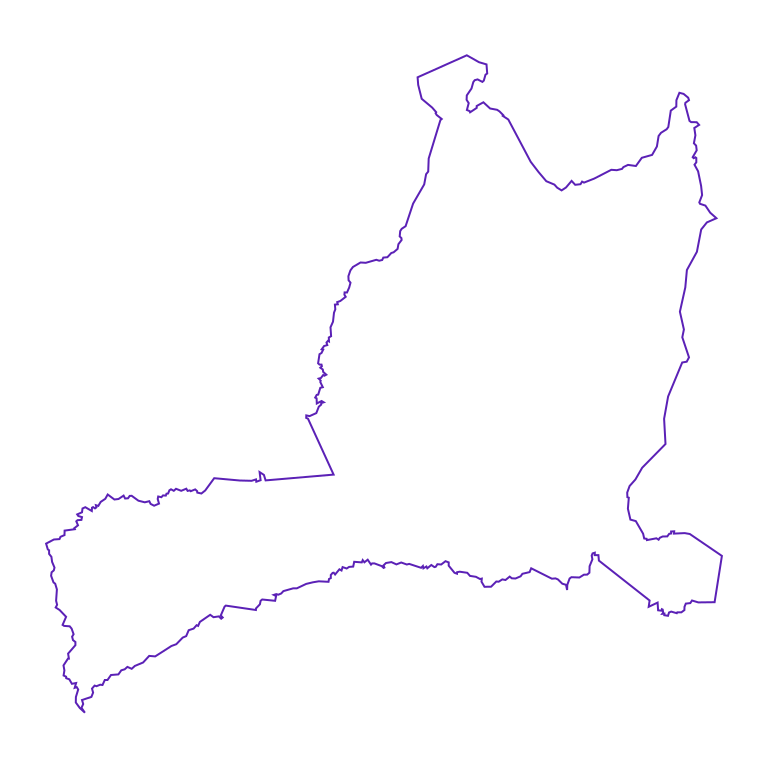 outline of Los Reyes, Michoacán, Mexico
{"feature_id": "50627088B42004114063605", "entity_name": "Los Reyes", "entity_type": "district", "adm_level": 2, "iso_a3": "MEX", "parent_name": "Mexico", "parent_adm1": "Michoacán", "projection": "orthographic", "projection_center": [-102.401, 19.663], "detail": "fine", "context": "isolated", "style": "outline", "palette": "violet", "viewbox_px": 768, "rotation_deg": 0, "n_neighbors": 0, "source": "geoboundaries", "source_scale": "gbopen_adm2", "svg_char_len": 6030}
<svg xmlns="http://www.w3.org/2000/svg" viewBox="0 0 768 768"><path d="M84.9,712.7L81.5,707.8L83.2,704.0L82.0,700.0L91.4,696.9L93.1,692.6L92.0,688.6L94.6,685.6L96.5,686.2L100.2,684.7L102.5,685.0L104.8,680.0L107.5,680.0L111.0,675.0L118.4,674.4L121.3,670.3L124.7,669.3L127.4,666.9L131.7,668.8L134.9,665.9L143.1,662.5L149.2,655.9L155.2,656.4L171.4,646.0L176.3,644.2L182.7,637.6L186.2,636.1L188.7,630.2L193.6,628.6L196.6,625.2L198.1,625.9L199.9,621.9L210.2,614.8L213.5,617.2L218.8,616.4L221.2,618.7L222.7,617.5L220.8,615.4L224.6,606.6L225.8,605.6L255.9,610.0L256.0,608.4L259.9,604.3L260.6,600.8L262.2,599.5L275.1,600.8L276.1,596.1L273.8,594.9L276.3,594.1L278.3,594.7L281.2,593.5L283.4,591.1L293.3,588.3L296.9,588.3L306.2,583.9L312.9,582.3L318.8,581.3L328.5,581.8L329.0,579.0L330.8,578.1L330.8,575.0L332.6,572.9L333.7,572.7L335.1,574.5L339.4,569.3L341.5,570.5L342.6,567.1L346.7,568.5L349.1,566.9L353.2,566.6L354.2,561.8L361.8,562.4L362.7,560.1L364.4,562.3L367.7,559.7L371.0,564.6L372.1,563.4L374.4,563.4L381.7,566.1L383.6,567.9L384.4,567.5L383.5,565.4L386.0,563.0L391.4,562.1L396.4,564.4L401.2,562.5L406.8,564.5L409.2,563.9L421.1,567.8L422.9,566.0L423.4,568.3L426.4,566.5L427.3,568.3L431.3,565.0L434.4,567.1L435.7,566.8L437.4,564.2L441.2,564.5L445.5,561.2L448.7,562.4L448.7,565.7L454.5,572.8L457.0,573.7L457.1,572.2L459.7,571.7L467.3,572.8L470.0,575.9L475.9,576.8L480.0,579.0L481.8,578.6L481.5,581.7L484.5,586.8L491.1,586.7L496.3,581.5L498.7,581.7L502.3,579.4L505.5,580.0L509.7,576.6L511.8,578.3L515.5,578.5L520.6,576.3L522.4,573.8L529.6,572.1L531.2,568.3L551.9,578.7L555.5,578.4L557.9,579.4L562.3,583.7L566.0,584.8L567.1,590.0L567.3,584.8L569.6,578.5L571.4,577.2L579.4,577.5L583.9,574.7L587.2,574.6L589.4,572.7L589.6,566.2L592.4,559.3L591.7,555.6L592.6,553.4L594.8,552.7L594.7,555.1L598.4,555.1L598.9,560.6L649.6,600.5L648.7,606.8L657.6,602.6L658.1,610.3L661.5,610.7L661.9,609.2L662.7,609.6L663.2,612.6L662.3,613.8L664.4,613.6L664.3,615.2L668.0,615.8L669.0,612.5L671.2,611.6L676.8,613.2L677.3,612.3L681.4,612.3L684.4,610.1L684.5,606.8L685.8,603.6L690.3,603.1L692.0,600.5L698.3,602.4L714.6,602.2L721.9,555.9L689.8,534.0L684.7,533.1L674.0,533.6L674.2,531.3L671.1,531.5L671.2,533.5L669.2,533.8L667.3,536.4L662.6,536.5L659.8,537.8L658.6,539.7L656.4,538.3L646.9,540.1L646.6,538.8L644.2,538.5L643.1,533.7L635.8,521.1L630.4,519.6L627.9,508.7L628.8,497.7L627.4,497.2L627.2,492.6L629.6,486.0L635.4,479.5L642.2,467.7L665.5,444.0L664.1,418.8L668.1,396.5L682.2,362.5L686.7,361.7L689.0,357.4L682.3,337.3L683.9,329.5L679.9,311.7L685.3,287.4L686.9,270.0L696.9,251.8L701.2,229.5L706.9,222.4L716.4,218.2L710.2,212.7L705.4,205.6L700.0,203.8L699.3,202.4L702.1,195.1L701.1,185.9L698.1,171.3L694.5,164.7L696.3,162.3L696.3,158.0L695.4,157.3L693.7,158.2L692.7,157.2L696.7,150.3L696.1,145.6L693.9,143.3L695.4,135.3L694.3,128.0L699.1,124.9L696.7,122.2L691.1,122.1L689.5,120.9L685.1,104.3L685.4,102.8L689.0,100.2L688.2,97.7L683.6,93.9L679.4,92.8L676.4,100.2L676.3,106.6L670.8,110.6L668.3,127.0L666.7,129.2L661.0,132.8L658.6,136.0L656.9,146.5L652.1,154.9L641.8,157.8L635.9,166.0L628.0,164.9L623.4,167.1L622.0,168.9L616.8,170.2L611.3,169.8L594.2,178.6L584.0,182.6L582.1,181.6L580.5,184.2L575.2,184.8L571.6,180.9L566.0,187.5L561.6,190.4L557.2,187.7L554.4,184.6L546.3,181.2L538.6,172.1L530.7,161.8L508.3,119.5L502.8,115.9L503.4,115.3L499.5,111.4L497.1,109.8L490.1,108.5L483.4,102.3L476.7,106.0L476.7,107.9L470.1,112.3L469.6,111.1L466.9,110.0L468.7,103.1L466.6,99.8L466.8,95.4L471.5,88.5L473.3,82.1L474.7,80.2L477.6,79.4L482.4,81.9L483.8,80.6L485.5,74.7L487.2,73.5L486.5,64.4L479.0,62.2L466.8,55.3L417.6,77.3L418.2,84.9L421.7,98.8L432.2,107.6L436.2,112.2L435.6,113.2L436.7,115.0L441.7,119.0L440.4,120.1L428.7,158.5L428.2,171.6L426.1,174.2L424.2,184.4L413.1,203.6L405.6,226.2L401.7,228.8L400.2,231.1L399.7,236.4L401.4,238.1L401.6,240.0L398.4,244.2L397.6,248.9L393.6,252.3L391.3,253.0L387.4,257.2L383.3,257.6L382.2,260.0L379.2,260.7L376.3,259.8L365.8,262.8L360.5,262.5L352.9,267.0L350.4,270.4L348.4,276.2L348.6,280.3L350.5,282.7L349.2,287.5L347.0,292.5L344.6,292.4L344.4,294.7L345.7,296.8L340.3,301.0L337.2,302.1L337.8,304.3L334.9,304.6L335.3,309.3L334.0,312.7L333.0,321.7L330.5,327.3L331.1,336.2L328.8,337.5L329.0,341.4L328.0,340.8L326.5,342.5L327.3,345.1L324.1,346.0L321.7,349.3L323.2,349.6L321.5,353.0L319.5,354.2L318.1,363.3L319.5,364.6L321.5,364.6L321.9,366.2L320.3,367.7L322.8,369.5L323.2,371.9L326.3,374.7L324.4,375.7L323.2,375.0L320.9,378.0L318.7,378.6L320.7,380.6L320.3,382.0L322.8,387.2L320.3,387.8L318.2,394.6L316.7,394.9L315.2,397.6L316.6,398.4L316.8,403.5L321.5,401.0L323.7,402.3L321.2,403.1L321.2,404.6L318.8,406.7L316.3,413.1L309.6,416.1L306.3,415.4L306.2,417.9L308.0,418.7L333.6,474.6L265.6,480.4L263.9,474.9L259.6,472.1L260.6,480.2L256.3,481.7L256.0,479.4L251.6,480.8L239.7,480.5L214.2,478.2L205.2,490.5L201.4,493.5L197.3,492.6L197.1,491.1L195.2,489.4L190.7,491.2L189.8,490.4L187.6,490.9L186.3,488.7L181.2,490.8L176.0,488.8L173.8,490.8L171.0,489.3L169.4,490.3L168.1,493.5L166.5,493.7L165.8,495.6L163.0,495.4L161.4,497.2L158.2,496.5L157.7,499.0L159.0,503.6L154.1,505.7L150.6,503.9L149.3,501.2L144.8,502.3L138.4,500.7L131.7,495.8L129.7,495.9L128.0,498.3L125.1,498.5L123.6,495.6L118.5,499.0L114.4,499.5L107.7,494.5L105.3,498.8L100.7,501.9L98.3,505.9L95.9,505.2L96.4,507.4L95.0,508.4L93.1,507.1L92.0,507.7L91.8,511.0L85.3,507.2L82.5,508.5L82.0,512.3L77.2,514.4L78.3,516.0L82.0,517.1L81.4,519.9L77.5,520.2L76.3,521.3L78.0,525.3L74.3,528.2L74.8,529.2L64.6,530.6L64.5,535.1L60.5,536.8L59.5,539.1L53.9,539.5L46.1,543.6L47.8,549.4L49.1,550.3L49.1,553.9L51.4,556.8L52.1,561.9L54.5,567.6L53.8,570.4L51.6,572.3L51.1,575.8L53.5,582.4L55.2,583.7L56.9,589.4L56.1,600.8L57.1,604.8L55.7,607.5L59.6,610.0L66.1,616.8L62.6,624.9L64.1,625.9L69.7,626.3L71.6,628.6L73.6,634.2L72.1,636.7L73.0,640.1L75.4,642.0L75.4,645.2L68.1,653.6L68.9,658.6L68.0,658.6L63.5,665.4L64.4,670.4L63.6,675.5L66.1,676.7L66.2,678.2L69.3,679.3L71.9,683.8L76.1,683.0L74.7,687.8L76.7,687.1L78.2,689.5L75.9,697.0L75.8,702.5L79.8,708.0L84.9,712.7Z" fill="none" stroke="#5b21b6" stroke-width="2"/></svg>